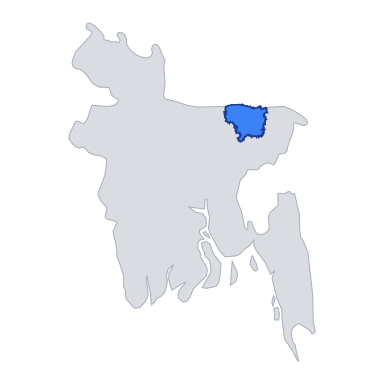 Sunamganj, Sylhet, Bangladesh shown in context
{"feature_id": "16705992B61059366245275", "entity_name": "Sunamganj", "entity_type": "district", "adm_level": 2, "iso_a3": "BGD", "parent_name": "Bangladesh", "parent_adm1": "Sylhet", "projection": "mercator", "projection_center": [91.358, 24.888], "detail": "fine", "context": "in_parent", "style": "filled", "palette": "blue", "viewbox_px": 384, "rotation_deg": 0, "n_neighbors": 0, "source": "geoboundaries", "source_scale": "gbopen_adm2", "svg_char_len": 9435}
<svg xmlns="http://www.w3.org/2000/svg" viewBox="0 0 384 384"><path d="M123.7,286.1L123.7,275.6L116.7,254.9L117.1,252.6L115.6,242.6L113.9,237.1L113.0,231.2L117.1,222.7L115.5,221.3L106.2,218.7L105.1,216.5L107.1,208.1L100.5,200.2L97.8,194.3L104.9,175.1L106.7,161.7L106.2,159.1L101.8,156.1L94.1,154.9L88.7,152.4L85.5,148.6L82.8,147.1L79.5,148.2L75.3,146.7L71.7,142.9L68.7,138.4L69.9,133.3L75.5,121.5L77.6,121.1L82.4,123.4L84.2,123.4L87.4,118.7L91.9,105.3L107.5,106.4L111.2,106.0L115.1,104.9L117.2,103.2L118.4,101.1L118.0,99.2L113.2,96.7L111.4,94.8L110.0,89.4L108.6,87.4L99.2,87.1L94.4,84.6L91.7,82.4L86.9,75.1L81.0,69.6L75.4,68.4L73.2,66.6L72.0,63.8L72.7,59.7L75.5,52.0L91.0,35.1L91.4,33.2L90.8,31.1L86.3,28.4L86.0,27.0L87.3,23.5L89.9,23.0L95.2,26.3L100.7,31.5L103.9,36.1L104.0,39.8L108.2,40.5L111.8,42.1L115.4,41.6L117.8,42.5L119.4,42.2L120.0,40.1L116.9,34.8L118.4,32.6L122.0,32.7L124.6,34.7L126.4,38.8L126.8,45.1L131.0,50.8L136.5,54.9L140.8,56.8L146.0,58.1L150.4,56.8L152.6,52.8L151.6,49.3L152.3,46.1L154.1,44.3L156.9,44.4L159.0,46.9L165.0,60.6L163.8,66.7L165.1,83.3L163.6,94.2L164.5,98.4L165.6,99.1L174.7,101.2L187.9,105.5L198.0,107.1L243.7,105.9L253.6,108.0L284.1,106.4L292.4,109.9L301.5,115.5L306.5,119.7L307.4,122.1L306.9,124.2L305.2,125.3L302.1,125.3L294.9,122.6L293.7,123.4L293.6,129.9L287.8,146.2L286.9,151.3L284.9,153.3L278.9,154.3L274.9,163.8L273.2,164.9L269.3,162.9L266.8,163.2L263.8,164.1L260.7,166.3L258.5,169.0L256.1,169.9L247.6,169.7L246.0,174.1L240.4,179.9L236.6,195.1L236.8,199.7L241.6,211.8L244.8,227.5L246.1,229.1L247.7,229.2L247.8,222.0L249.3,221.1L251.3,221.9L255.3,231.6L257.6,234.0L261.1,234.7L265.2,233.3L268.2,230.4L269.4,227.4L268.3,216.8L270.2,212.5L277.1,206.1L278.2,204.2L277.7,193.6L280.3,193.2L283.8,194.1L288.3,191.5L289.6,191.5L291.5,194.2L294.6,193.7L299.4,214.7L299.7,229.5L300.8,237.7L302.5,239.5L307.8,251.8L312.7,294.9L313.2,322.1L315.3,331.4L313.6,333.5L311.9,333.9L310.3,330.6L299.2,323.7L296.4,324.4L292.6,328.4L291.1,332.1L291.7,337.4L293.0,342.5L295.6,345.4L295.8,348.7L298.8,360.9L297.9,361.0L291.9,349.9L284.5,338.9L282.1,319.3L281.9,309.6L276.8,298.2L272.1,278.3L274.2,271.2L270.6,274.3L265.0,262.3L256.3,250.5L253.8,245.3L253.7,240.2L249.9,245.3L244.8,248.9L239.5,254.3L236.1,255.9L225.1,256.9L218.7,249.7L209.6,232.1L208.4,228.1L209.6,217.7L207.4,207.8L206.8,199.1L205.2,199.9L204.5,202.3L204.9,205.9L204.2,209.0L188.9,207.0L195.4,212.2L202.4,213.4L206.1,218.1L206.3,225.8L199.4,230.4L200.0,234.3L204.0,239.1L199.2,240.4L197.9,243.5L197.8,248.0L201.1,254.7L200.6,257.4L206.3,266.3L207.4,270.5L206.0,276.5L193.5,288.7L189.9,297.3L186.8,301.3L183.0,302.0L178.3,298.0L178.2,293.8L179.2,290.4L185.7,282.4L182.2,283.5L172.0,290.1L170.1,284.8L168.8,279.8L168.8,273.6L173.7,264.5L168.2,269.1L166.6,274.8L167.3,281.5L166.6,286.2L164.4,292.4L161.5,296.1L156.7,298.5L154.6,302.2L151.4,304.9L150.3,292.4L146.8,275.5L146.1,279.2L147.9,289.6L147.8,296.4L145.2,301.8L139.9,307.5L135.9,308.3L133.5,307.5L126.0,298.8L125.3,290.6L123.7,286.1ZM216.1,286.3L206.8,288.3L202.0,287.7L210.9,272.5L210.6,265.7L209.2,260.2L204.7,255.7L204.5,252.6L202.4,248.2L201.4,243.1L206.4,241.5L210.4,244.4L211.9,250.2L213.9,254.5L220.9,263.4L220.8,268.9L218.9,282.2L216.1,286.3ZM236.0,281.3L230.4,285.4L232.2,261.4L236.4,270.3L237.5,275.1L236.0,281.3ZM257.8,269.4L255.3,271.1L253.0,269.6L250.0,264.0L251.5,256.8L252.4,255.8L256.0,263.1L257.8,269.4ZM278.8,319.8L275.5,320.1L274.0,318.4L274.7,316.0L273.8,308.2L277.9,307.5L279.4,313.9L278.8,319.8ZM275.2,298.2L272.8,305.9L271.8,302.4L273.5,295.7L275.2,298.2ZM208.8,235.7L209.8,238.2L204.6,235.0L203.2,232.7L205.5,231.5L208.8,235.7Z" fill="#d9dde1" stroke="#a8b0b8" stroke-width="1"/><path d="M262.7,135.6L263.0,134.4L262.6,134.3L262.5,134.6L262.4,134.6L262.4,134.2L263.4,134.1L263.4,133.9L263.1,133.7L263.2,133.3L262.9,133.1L263.0,133.1L263.3,132.7L263.6,132.7L263.6,132.9L263.9,133.0L264.0,132.7L263.8,132.6L263.9,132.4L263.3,131.6L263.6,131.2L264.0,131.2L264.0,130.9L264.2,130.7L263.9,130.5L263.9,130.1L263.6,130.1L263.5,129.8L262.7,130.0L262.8,129.6L262.7,129.3L262.0,129.4L262.5,129.0L262.9,128.8L262.9,128.6L263.5,129.0L264.1,129.0L263.8,128.8L264.2,128.6L263.9,128.4L264.0,127.8L263.8,127.9L263.7,127.6L263.6,127.8L263.2,127.7L263.2,127.3L263.4,127.3L263.2,126.9L263.1,126.2L263.2,126.5L263.3,126.3L263.4,126.8L263.5,126.7L263.5,126.1L263.3,126.1L263.3,125.6L263.1,125.5L263.5,125.0L264.1,124.8L264.0,124.0L264.5,124.1L264.5,124.5L265.1,124.6L265.1,124.3L265.3,124.3L265.4,124.1L265.2,123.6L264.6,123.6L264.5,123.3L264.5,122.9L264.2,122.9L264.5,122.7L264.9,122.7L265.2,122.2L264.4,122.0L265.1,121.9L265.2,121.6L265.0,121.3L264.7,121.4L264.9,121.2L264.8,120.9L265.1,120.6L264.9,120.4L264.9,120.1L265.5,120.1L265.6,119.8L265.9,119.8L266.2,119.6L265.7,119.4L266.1,118.5L266.0,118.3L265.4,117.9L265.6,117.8L265.6,117.5L264.1,117.0L263.6,116.5L263.7,116.4L264.8,116.7L265.2,116.6L264.8,116.3L264.3,115.6L263.7,115.3L263.7,115.1L263.8,114.9L264.4,115.0L264.3,114.6L263.9,114.1L264.8,114.0L264.8,113.7L264.6,113.4L264.8,113.0L265.5,112.9L266.0,112.5L266.4,112.6L267.3,112.6L267.0,112.3L267.3,112.0L266.6,111.4L266.4,110.9L266.5,110.7L266.4,110.4L266.7,110.0L266.5,109.8L266.8,109.3L266.9,108.8L266.4,108.8L266.5,108.4L266.2,108.4L266.1,107.7L265.5,107.5L265.4,107.8L265.1,107.8L265.0,108.3L264.4,108.4L264.1,108.3L263.7,108.3L263.6,108.8L263.3,108.9L263.1,108.6L262.9,108.7L262.8,108.9L262.5,108.9L262.3,109.1L261.5,109.0L261.3,108.8L261.2,107.9L260.9,107.8L260.7,108.1L260.7,107.8L260.3,108.1L260.1,107.8L260.0,107.5L260.3,107.0L260.1,107.0L260.3,106.5L260.9,106.4L260.9,106.1L260.6,106.0L260.4,106.2L258.8,106.3L258.5,106.6L258.8,107.0L258.1,106.9L257.8,107.2L257.8,107.6L256.1,107.9L255.2,107.7L254.8,108.0L254.7,108.4L254.3,108.2L254.1,108.4L253.8,108.3L253.5,108.4L253.6,108.5L253.2,108.5L252.8,108.4L253.1,108.2L253.0,107.9L253.0,107.4L252.4,107.7L252.2,107.4L252.0,107.6L251.5,107.6L251.1,107.2L250.7,107.1L250.2,106.3L250.0,106.7L249.7,106.6L249.3,106.7L248.5,106.4L248.1,106.5L247.7,106.3L247.4,105.9L246.9,106.3L246.8,106.0L246.0,106.2L245.8,105.9L245.5,106.0L245.3,105.7L245.0,105.6L244.3,105.6L243.3,105.5L243.6,105.0L242.7,104.7L242.3,104.2L241.9,104.3L241.9,104.5L241.4,104.6L241.4,104.9L241.2,104.7L240.6,104.8L240.6,104.7L240.3,104.8L240.0,104.6L238.4,104.5L236.8,104.8L236.5,104.7L234.7,104.9L231.7,104.7L231.8,105.0L231.6,105.1L230.9,105.0L229.6,105.5L229.0,105.4L229.0,105.6L226.1,106.3L226.0,106.5L226.4,106.9L226.2,107.1L226.2,107.3L225.7,107.6L225.4,107.6L225.3,108.3L225.5,108.4L225.4,108.6L225.6,108.7L225.6,109.4L225.2,109.7L225.8,110.5L226.4,110.8L226.5,110.9L226.3,111.2L226.4,111.7L226.6,112.0L226.4,112.3L226.0,112.1L225.7,112.3L225.0,111.6L224.1,111.8L224.4,112.1L224.5,112.5L224.2,112.7L224.3,112.8L224.2,113.0L224.4,113.8L225.3,113.8L225.4,114.0L226.1,114.3L225.7,114.5L225.4,114.4L224.7,114.7L224.4,115.2L224.6,115.9L224.8,116.2L225.2,116.1L225.1,116.8L224.9,116.8L224.8,117.2L225.0,117.4L225.0,117.8L225.2,118.1L225.8,118.0L226.2,118.7L226.5,118.9L226.4,119.5L226.1,119.6L226.0,119.8L225.3,120.0L225.6,120.0L225.7,120.8L225.5,121.2L226.1,121.6L226.4,121.3L226.5,121.5L226.5,121.4L226.9,121.3L227.6,121.5L227.8,121.8L227.9,122.8L228.3,122.7L228.8,122.4L228.8,122.7L229.1,122.9L228.8,123.0L229.3,123.0L229.5,123.3L229.6,122.8L230.1,122.3L230.0,122.0L230.4,121.8L230.6,122.2L230.9,122.2L230.9,122.3L231.2,122.1L231.5,122.2L231.6,122.4L232.2,122.3L232.5,122.8L232.7,123.1L233.2,122.9L233.2,123.2L233.4,123.2L233.8,124.0L233.7,124.2L233.5,124.5L233.8,124.7L234.1,125.4L234.4,125.5L234.6,125.3L234.6,125.6L235.0,125.8L234.4,126.0L234.0,127.2L234.2,127.8L234.9,128.3L235.0,128.6L235.7,128.5L235.6,128.2L236.0,127.7L236.0,127.1L235.6,126.7L236.2,126.0L236.5,126.3L236.8,126.2L236.8,126.5L237.1,126.6L237.2,127.6L236.8,128.1L236.6,128.7L237.0,128.7L237.1,129.4L236.9,129.4L236.8,129.7L236.5,129.9L236.4,130.3L236.1,130.2L235.2,130.7L235.4,130.9L235.9,130.9L236.1,131.3L236.4,131.1L236.5,131.3L236.5,131.6L236.3,131.7L236.0,131.3L235.9,131.4L235.8,131.6L236.1,132.0L236.1,132.3L235.5,132.7L236.5,132.6L236.5,133.1L237.0,132.6L237.6,132.7L238.6,133.5L238.7,133.3L239.0,133.6L239.0,133.3L239.3,133.3L239.8,132.9L239.8,132.4L240.0,132.5L240.1,133.7L239.7,134.0L240.3,134.5L240.9,134.6L240.9,135.3L240.7,135.6L240.0,135.6L239.9,135.9L240.4,136.1L240.3,136.8L240.1,137.0L239.8,137.0L239.7,136.9L239.2,136.9L238.9,138.1L238.5,138.0L238.4,138.5L237.5,138.2L237.6,138.5L237.5,138.8L237.6,139.0L238.7,139.4L238.7,139.9L238.9,140.3L238.5,140.6L238.6,140.8L239.1,140.8L238.9,141.0L239.0,141.3L240.0,141.4L240.5,141.8L242.2,141.2L242.1,140.4L242.6,139.7L242.6,140.1L243.1,140.2L243.7,140.2L244.5,137.8L244.2,137.2L244.3,136.8L244.7,137.3L246.1,136.1L246.3,135.7L246.5,136.1L247.2,135.3L246.6,134.9L246.8,134.7L247.9,134.7L248.3,134.4L248.9,134.8L248.6,135.1L248.9,135.4L248.9,135.6L249.3,135.5L249.4,135.8L249.9,135.6L250.1,135.8L250.2,135.3L250.9,135.2L250.7,135.9L250.9,135.9L251.0,135.7L251.4,135.9L251.4,136.4L251.6,136.6L251.6,137.0L251.9,136.6L251.9,136.2L252.3,136.1L252.7,136.2L252.9,136.6L253.4,136.0L253.8,136.2L253.9,135.8L254.4,136.2L254.5,135.9L255.4,136.3L255.9,136.2L256.2,136.7L256.2,136.4L256.4,136.4L256.6,136.6L256.7,137.2L257.1,136.8L257.4,136.1L257.8,136.6L257.9,136.2L258.6,136.9L258.8,137.3L258.9,137.1L258.8,136.6L258.4,136.2L259.0,135.6L259.2,135.8L259.2,136.4L259.6,136.5L259.5,136.2L260.1,135.8L260.7,135.9L260.8,135.6L261.5,136.7L261.8,136.6L261.8,135.7L262.1,135.6L262.7,135.6Z" fill="#3b82f6" stroke="#1e3a8a" stroke-width="1.5"/></svg>